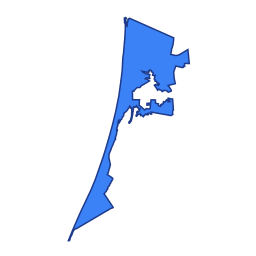 outline of San Francisco del Mar, Oaxaca, Mexico, rotated 88°
{"feature_id": "50627088B36646128750714", "entity_name": "San Francisco del Mar", "entity_type": "district", "adm_level": 2, "iso_a3": "MEX", "parent_name": "Mexico", "parent_adm1": "Oaxaca", "projection": "mercator", "projection_center": [-94.444, 16.207], "detail": "fine", "context": "isolated", "style": "filled", "palette": "blue", "viewbox_px": 256, "rotation_deg": 88, "n_neighbors": 0, "source": "geoboundaries", "source_scale": "gbopen_adm2", "svg_char_len": 5771}
<svg xmlns="http://www.w3.org/2000/svg" viewBox="0 0 256 256"><g transform="rotate(88 128 128)"><path d="M226.8,183.1L207.9,148.2L207.2,145.9L206.8,145.6L192.9,154.2L192.6,153.7L191.5,153.1L190.8,152.1L189.4,151.4L188.8,151.0L188.4,150.5L188.1,150.3L187.4,150.6L185.8,149.7L185.7,149.1L185.1,148.9L184.0,148.1L183.3,148.1L182.4,147.2L181.9,147.1L179.1,145.3L178.3,145.0L177.8,145.0L177.2,145.6L173.8,150.3L172.8,149.6L164.2,146.9L157.0,148.1L154.7,148.0L153.5,147.8L152.3,147.4L149.2,145.9L146.6,144.9L143.9,143.5L140.9,142.3L140.3,141.8L139.8,141.7L139.1,141.3L139.0,140.9L138.3,140.9L138.2,141.1L137.8,141.2L136.7,140.6L135.8,140.5L134.2,139.8L132.0,139.4L131.5,139.6L130.8,139.2L130.5,138.8L130.0,138.6L128.9,138.9L129.7,139.2L129.5,139.4L129.2,139.4L127.8,139.1L127.4,139.1L126.3,138.5L125.3,138.4L124.9,138.0L124.4,137.8L123.7,138.0L123.0,137.7L122.3,137.7L121.9,137.9L121.3,137.6L119.9,137.1L119.8,136.7L120.4,136.8L120.9,137.3L121.2,137.3L121.2,137.1L120.8,137.0L120.7,136.8L120.8,136.5L122.1,137.1L122.3,137.2L122.8,136.8L122.7,136.6L121.8,136.4L120.9,135.5L119.8,135.5L119.5,135.1L119.4,134.4L119.2,134.1L118.6,133.9L118.0,133.8L115.9,132.3L115.7,132.0L114.1,131.8L113.2,131.3L112.9,131.4L112.8,131.1L112.3,130.7L112.3,130.4L110.7,128.5L108.4,126.9L107.6,126.1L107.2,126.1L106.1,125.5L106.4,125.2L108.0,124.8L108.4,124.4L108.5,124.0L108.3,123.7L110.6,123.6L113.3,123.9L114.8,123.9L117.1,124.2L118.9,124.9L119.4,124.9L120.0,125.1L120.6,125.4L121.3,126.2L122.3,127.0L123.2,126.8L123.3,126.6L123.2,126.3L122.3,125.6L121.9,125.1L120.9,124.5L117.7,123.6L113.9,122.7L112.8,122.7L111.8,122.3L110.6,122.3L108.8,121.8L107.3,121.9L107.0,121.5L106.9,121.1L107.4,120.6L107.4,119.9L107.2,119.7L106.9,119.8L106.3,119.0L106.7,119.0L107.2,118.7L107.5,118.3L107.3,118.0L106.9,118.0L107.0,117.8L107.3,117.6L107.8,117.7L108.1,117.6L109.0,116.3L110.1,116.5L110.3,116.0L109.9,115.6L110.3,115.7L110.5,115.9L111.0,116.0L111.1,116.3L111.5,116.4L112.1,116.8L112.3,117.5L111.8,117.8L111.7,118.1L112.5,118.8L113.8,118.4L115.3,118.9L115.4,119.4L115.7,119.5L116.3,119.5L116.6,119.3L116.6,119.0L116.3,118.8L116.3,118.7L115.9,118.4L115.1,117.6L114.5,117.4L114.5,116.8L114.8,115.5L114.5,115.2L115.1,115.1L115.2,114.6L115.5,114.6L116.0,114.8L115.9,113.9L116.2,113.3L116.5,113.1L116.6,112.8L116.5,112.5L117.2,112.4L117.3,112.2L116.4,111.7L115.9,111.0L115.6,111.0L115.0,110.1L114.7,109.8L114.9,109.7L115.3,109.3L115.5,107.9L115.4,107.4L115.1,107.2L114.5,108.0L113.8,107.3L114.1,105.9L114.4,105.3L115.1,104.4L114.8,103.8L112.9,104.3L117.1,84.5L116.0,82.7L113.9,82.9L112.8,82.8L111.6,82.0L100.5,82.4L100.5,84.0L99.9,85.5L99.6,86.6L99.7,87.0L101.3,86.8L101.4,86.0L101.8,85.5L102.2,85.4L102.1,85.5L102.8,85.7L103.2,86.3L103.3,86.9L103.0,87.2L102.0,87.1L101.6,87.4L101.2,88.2L101.2,88.6L101.4,88.8L102.2,89.1L103.3,90.2L103.4,90.8L102.9,91.3L102.9,91.6L103.8,91.9L104.8,91.7L105.1,92.0L105.2,93.3L105.4,93.5L106.1,93.7L105.7,94.1L106.0,94.5L106.3,94.5L106.7,94.2L107.2,94.7L107.5,95.1L107.0,96.4L106.4,96.5L106.1,96.9L105.0,96.7L104.0,99.7L100.9,99.6L100.7,104.0L103.9,104.5L103.9,105.9L104.1,108.2L105.9,108.2L105.6,104.7L109.3,105.2L109.8,106.8L109.3,108.1L109.2,109.0L110.6,110.7L106.9,114.5L105.6,116.1L101.9,115.7L100.7,115.7L100.2,115.5L99.9,122.4L91.4,122.3L91.4,120.8L90.9,120.8L90.2,119.9L88.0,117.8L87.9,114.6L86.4,113.4L81.7,104.9L79.6,107.8L79.5,108.1L79.7,108.7L79.6,109.0L79.4,109.1L78.7,108.4L78.5,106.9L78.7,106.3L79.4,104.8L79.3,104.5L78.7,105.0L78.3,104.8L77.6,105.0L76.5,104.6L76.3,104.7L75.5,104.3L75.2,104.4L74.9,105.3L75.0,106.0L74.7,107.3L74.2,108.9L73.3,110.1L73.0,110.8L72.6,111.3L71.9,111.8L72.1,111.3L72.2,109.7L73.3,106.2L73.3,105.8L72.8,105.7L72.6,105.3L72.5,104.9L72.2,105.2L71.9,105.4L72.7,106.0L71.8,105.6L71.6,105.1L70.9,104.4L70.9,103.4L71.4,103.2L71.9,102.5L72.7,102.4L73.3,101.1L73.6,100.9L74.5,101.0L74.8,101.2L75.5,101.3L75.6,101.5L76.1,101.6L76.2,100.8L76.5,100.5L76.5,100.2L76.2,99.7L76.3,98.9L76.5,98.8L77.0,99.5L78.0,99.6L78.5,99.5L79.4,100.0L79.8,100.1L80.6,99.8L80.9,99.2L81.9,99.5L82.0,99.5L82.4,98.5L82.6,97.5L83.7,97.6L85.1,96.9L85.2,96.5L84.4,95.8L84.5,95.5L84.7,95.3L85.1,95.3L85.4,95.4L86.0,96.1L86.4,96.0L86.6,96.4L86.1,96.9L86.2,97.6L85.9,98.4L85.7,98.6L85.5,99.2L85.7,99.5L86.0,99.6L86.1,100.1L86.3,100.2L87.0,99.6L90.5,97.4L91.2,97.2L90.2,95.9L90.8,95.6L91.3,93.8L92.8,92.5L92.5,91.9L91.7,91.2L91.9,88.8L92.3,87.7L93.6,86.6L93.5,86.2L93.4,86.0L92.9,83.9L92.6,83.5L92.2,83.4L91.0,83.8L88.4,85.4L87.2,86.4L87.1,85.7L86.7,85.8L85.4,79.2L79.8,80.1L73.8,80.4L67.7,78.1L69.5,71.7L69.2,70.3L68.1,70.3L68.1,69.1L67.6,69.2L67.5,69.4L65.7,69.3L65.5,68.3L65.7,64.5L51.7,65.4L56.4,73.9L57.0,75.4L57.2,77.6L57.1,78.3L55.9,82.8L52.2,81.8L50.8,81.8L50.2,81.5L49.5,81.1L48.3,80.7L47.9,80.8L47.2,80.4L46.2,80.1L41.4,79.3L39.9,79.3L39.6,79.1L22.3,114.5L18.9,121.6L18.8,121.9L18.4,122.5L18.7,123.2L19.0,123.7L19.3,123.6L19.8,124.3L19.9,124.1L19.7,123.7L20.3,124.2L21.2,124.4L21.4,124.7L21.8,124.9L22.3,124.8L22.8,124.8L24.0,125.4L24.5,125.1L25.6,125.2L26.3,125.5L26.0,125.7L25.5,125.5L24.9,125.7L24.6,125.5L23.9,125.5L23.2,125.9L22.1,125.9L22.1,126.0L22.4,126.2L24.3,126.2L24.7,126.4L25.2,126.4L25.2,126.7L24.4,126.5L24.1,126.2L23.9,126.6L19.9,126.5L19.0,126.7L18.8,126.7L18.4,125.9L18.0,126.1L18.0,126.4L17.6,126.4L17.5,126.6L17.7,126.9L18.0,127.8L20.2,127.8L21.3,127.7L22.3,127.8L24.4,127.1L25.2,127.1L29.8,127.3L38.3,128.1L53.2,129.9L57.6,130.7L70.1,131.8L77.5,132.9L80.0,133.4L82.2,133.7L95.4,136.0L111.1,139.7L124.0,143.3L137.1,147.4L150.6,151.9L157.0,154.2L178.2,162.4L188.9,167.3L211.4,178.9L228.6,187.1L238.5,191.5L238.5,190.4L237.7,190.2L237.2,189.8L235.7,189.6L235.2,189.2L234.5,189.1L233.9,188.4L232.2,187.6L231.2,187.3L229.5,186.5L228.5,185.8L227.8,185.6L227.4,184.6L226.8,184.0L226.8,183.1Z" fill="#3b82f6" stroke="#1e3a8a" stroke-width="1.5"/></g></svg>